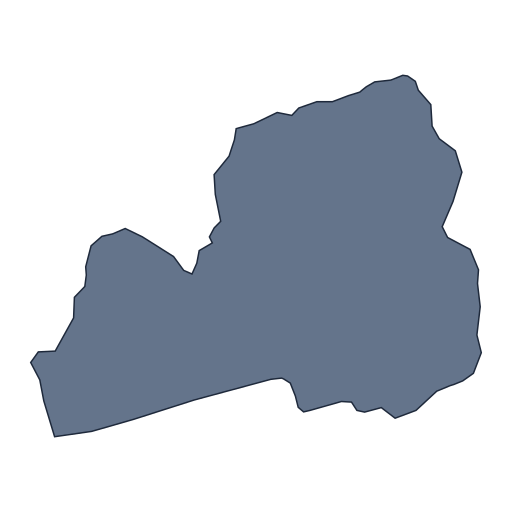 outline of Nyong-et-Kelle, Centre, Cameroon
{"feature_id": "32672807B27096701160694", "entity_name": "Nyong-et-Kelle", "entity_type": "district", "adm_level": 2, "iso_a3": "CMR", "parent_name": "Cameroon", "parent_adm1": "Centre", "projection": "orthographic", "projection_center": [10.8, 3.763], "detail": "fine", "context": "isolated", "style": "filled", "palette": "slate", "viewbox_px": 512, "rotation_deg": 0, "n_neighbors": 0, "source": "geoboundaries", "source_scale": "gbopen_adm2", "svg_char_len": 1255}
<svg xmlns="http://www.w3.org/2000/svg" viewBox="0 0 512 512"><path d="M407.6,76.0L402.8,75.3L390.8,80.1L378.2,81.5L374.7,81.9L366.4,86.7L362.5,89.8L359.8,92.1L348.5,95.6L332.4,101.7L316.8,101.7L298.8,108.0L291.8,115.4L277.2,112.5L253.7,123.8L236.2,128.6L234.4,139.9L230.9,150.5L229.1,156.1L224.0,162.4L214.1,174.6L215.3,194.4L220.7,221.3L214.2,227.9L209.4,236.9L212.3,242.9L210.0,244.3L199.2,250.6L196.8,263.2L192.0,274.0L183.7,270.4L173.6,256.6L155.8,245.3L142.3,236.8L126.6,229.2L125.2,228.5L112.6,233.9L101.9,236.3L94.9,242.5L91.1,245.8L87.7,259.0L85.7,266.8L86.3,275.1L84.8,286.5L74.4,297.3L73.6,317.9L55.2,351.1L38.3,351.9L30.7,362.5L39.8,379.9L43.8,400.9L49.9,421.1L54.6,436.7L91.6,431.4L95.1,430.4L133.4,419.4L194.2,400.0L270.9,379.3L281.6,378.1L283.4,378.8L290.3,383.1L295.4,396.1L298.2,407.3L303.6,411.9L310.0,410.4L341.4,401.5L351.5,402.1L356.9,410.4L364.6,412.1L381.3,407.6L395.1,418.2L416.0,410.4L436.7,391.2L450.2,385.6L453.8,384.5L462.7,380.9L473.4,373.3L481.3,352.7L476.9,335.0L480.2,306.8L477.5,283.5L478.5,269.8L473.0,256.5L470.1,249.4L447.6,237.5L442.2,226.7L453.0,201.5L461.9,172.2L455.3,150.8L440.9,140.0L439.2,138.7L432.1,126.1L430.8,104.6L418.3,90.2L415.3,81.3L407.6,76.0Z" fill="#64748b" stroke="#1e293b" stroke-width="1.5"/></svg>